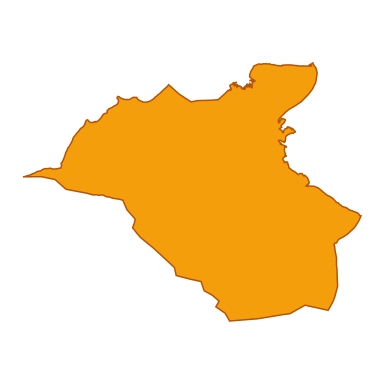 Chandmani, Hovd, Mongolia (Robinson projection)
{"feature_id": "93677404B83292258053511", "entity_name": "Chandmani", "entity_type": "district", "adm_level": 2, "iso_a3": "MNG", "parent_name": "Mongolia", "parent_adm1": "Hovd", "projection": "robinson", "projection_center": [93.079, 47.751], "detail": "fine", "context": "isolated", "style": "filled", "palette": "amber", "viewbox_px": 384, "rotation_deg": 0, "n_neighbors": 0, "source": "geoboundaries", "source_scale": "gbopen_adm2", "svg_char_len": 5842}
<svg xmlns="http://www.w3.org/2000/svg" viewBox="0 0 384 384"><path d="M23.0,176.8L41.4,176.7L55.2,179.6L66.0,189.3L86.3,193.1L93.4,195.0L96.6,194.7L98.5,195.3L101.4,195.0L102.9,195.0L106.7,196.8L109.6,197.1L113.0,198.3L119.1,199.2L122.8,200.2L127.0,209.8L135.1,219.0L134.5,222.6L132.6,227.8L137.1,233.5L140.4,237.4L154.0,248.6L174.4,267.5L176.2,275.5L189.9,279.1L201.0,281.5L204.2,290.8L212.4,295.3L219.1,301.1L215.9,306.8L225.1,313.2L229.6,321.0L257.4,318.8L283.4,314.5L289.9,313.7L305.0,305.2L328.2,310.3L333.2,301.2L334.8,296.9L337.6,286.2L337.2,277.6L337.0,270.1L336.8,266.8L336.5,265.9L336.5,257.9L335.1,250.7L334.6,246.3L333.9,244.4L335.3,243.0L336.6,242.9L338.4,239.6L340.6,238.2L343.0,237.1L347.3,234.3L353.7,228.4L355.4,226.4L358.2,221.9L359.1,220.3L361.0,215.9L360.1,215.9L358.4,213.6L357.2,212.6L355.9,212.4L355.2,211.9L353.9,211.6L352.3,210.7L349.6,210.1L346.7,207.9L342.5,206.5L339.6,204.4L338.4,203.0L336.5,202.4L333.2,198.7L330.0,196.5L327.9,195.6L326.5,194.7L323.3,192.2L319.8,189.1L318.0,187.8L314.2,186.3L309.5,186.0L308.4,186.4L307.8,186.1L306.0,186.2L306.1,185.8L307.2,184.9L307.9,184.8L308.4,184.4L308.2,183.8L309.0,183.2L309.2,182.7L309.0,181.6L307.4,177.7L306.3,176.9L305.6,175.9L304.6,175.3L304.4,175.4L304.2,175.9L303.6,175.8L302.3,173.8L301.2,173.5L299.6,173.5L298.8,174.4L298.1,174.6L295.5,172.2L291.4,169.9L290.3,168.7L288.9,167.8L288.7,166.3L288.4,165.6L288.4,164.6L287.6,164.0L287.7,163.2L287.5,162.1L286.2,161.8L284.3,162.6L284.0,161.1L282.9,159.5L282.9,158.5L284.0,157.2L284.8,156.6L286.3,156.2L286.3,155.9L285.9,155.5L285.0,155.7L285.2,154.2L285.5,153.7L284.7,152.1L284.4,150.0L284.6,149.0L284.7,146.9L286.2,147.2L286.5,146.7L286.0,146.2L284.3,145.7L283.5,145.2L281.4,144.4L280.5,144.4L280.3,144.1L280.3,143.7L281.0,143.2L278.8,141.6L278.6,141.1L278.6,140.5L279.1,140.2L280.3,140.3L282.5,141.7L284.3,142.2L284.2,141.7L284.6,141.6L284.5,141.3L285.3,141.2L285.3,140.9L285.7,138.1L285.7,137.1L286.1,136.1L287.6,135.0L290.1,133.6L290.9,133.5L292.2,132.9L293.3,133.3L294.0,132.4L294.8,132.3L295.3,131.7L295.2,131.3L294.3,130.6L292.9,128.9L292.6,128.8L292.2,129.0L292.1,129.4L291.7,129.6L291.5,129.1L291.7,128.3L291.6,128.1L290.6,128.3L289.5,127.2L288.8,127.6L288.2,127.6L288.2,127.0L287.8,126.9L287.2,127.1L287.0,127.4L286.8,128.6L285.3,128.6L284.3,129.8L284.2,130.2L283.6,131.0L283.4,131.6L283.5,132.5L282.6,132.5L282.1,131.0L281.8,130.6L280.2,129.4L279.5,129.2L279.4,128.7L279.6,128.5L281.7,127.4L281.1,125.4L283.7,123.3L284.6,122.0L285.4,120.1L285.2,119.6L284.7,119.3L281.4,118.5L280.7,120.2L279.9,120.4L279.6,121.0L279.8,122.3L278.8,122.8L278.5,122.6L278.4,121.3L278.4,120.5L279.1,118.9L280.4,117.4L286.0,111.8L289.2,109.3L297.3,104.5L298.0,103.8L301.3,101.7L308.8,94.0L312.8,88.6L314.3,85.1L315.4,83.4L316.2,79.7L317.2,72.8L316.0,68.1L313.1,64.1L313.0,63.0L312.3,63.1L311.5,64.1L309.8,64.5L308.9,65.6L308.9,65.8L309.4,65.9L311.2,65.9L311.3,66.1L310.9,66.2L308.4,66.0L304.4,66.1L303.3,65.9L300.8,66.1L291.0,65.0L288.4,64.9L283.1,65.1L281.6,65.6L282.0,65.8L281.8,65.9L280.3,65.9L276.2,65.4L273.6,64.6L271.7,64.7L269.4,63.8L268.2,64.0L266.5,63.8L263.1,63.8L260.8,64.4L259.3,63.9L258.0,64.2L253.9,66.0L252.8,68.2L250.8,71.6L250.1,73.6L249.6,75.9L249.8,77.0L251.8,78.8L254.4,80.3L255.0,81.1L254.8,81.4L253.8,80.8L252.3,80.6L250.9,80.1L250.4,80.2L250.0,80.4L250.2,80.7L250.9,80.4L251.7,81.2L252.4,81.1L253.3,81.5L253.1,81.8L252.4,81.8L252.2,82.5L252.6,82.9L252.6,83.6L252.2,84.1L251.7,84.2L252.0,84.7L251.9,85.4L252.2,87.0L252.1,87.7L251.8,87.5L251.1,86.2L250.9,85.3L250.5,84.9L250.2,83.8L249.9,83.5L249.7,84.6L249.4,84.9L248.9,84.7L249.0,85.1L249.5,85.3L249.5,85.8L250.2,86.1L250.2,86.3L249.4,86.3L249.6,86.9L249.2,86.9L248.2,85.7L247.8,85.7L247.8,85.3L248.3,85.1L248.2,84.8L247.9,84.3L247.5,84.3L247.1,84.1L246.7,84.4L247.0,85.0L246.8,85.7L247.5,86.2L247.6,86.8L247.4,86.9L247.0,86.3L246.3,85.9L245.8,86.9L245.6,86.9L245.4,86.5L245.2,87.0L244.7,86.9L244.8,87.7L245.3,88.3L245.3,88.7L245.0,89.1L244.2,89.4L243.5,89.0L243.8,88.4L243.5,88.1L243.3,88.7L242.5,89.0L242.2,88.7L242.4,88.1L242.1,88.1L241.8,88.4L241.4,88.1L241.5,87.4L241.1,86.7L240.5,86.6L240.0,86.2L239.5,86.3L239.0,85.8L238.3,86.1L237.8,86.7L237.3,86.7L236.8,87.1L236.8,86.6L237.0,86.3L237.7,86.3L237.2,85.7L237.4,84.8L236.9,84.4L236.3,84.7L236.1,85.3L234.8,85.1L234.8,85.8L234.4,85.9L234.0,85.3L234.9,84.1L234.8,83.8L234.2,83.7L234.2,83.3L235.7,82.9L236.3,82.6L236.3,82.4L235.2,82.5L234.7,82.9L234.0,83.1L233.5,82.7L232.9,83.0L232.9,83.9L232.5,84.4L231.7,84.2L230.1,85.2L229.8,85.7L229.9,86.1L230.3,86.6L230.4,87.4L230.7,87.6L230.6,88.8L231.3,89.1L231.2,89.4L230.8,89.4L230.7,90.1L230.2,89.9L230.1,89.6L229.5,89.8L228.6,90.8L227.9,90.5L225.6,93.0L218.1,99.7L212.0,100.2L197.5,100.6L191.1,101.9L179.0,94.0L168.6,84.7L167.2,86.6L164.0,89.3L160.3,93.0L156.9,95.7L156.6,96.3L154.9,97.3L154.4,98.1L152.1,99.9L149.8,101.2L146.3,102.2L143.4,102.1L140.7,101.1L138.5,99.8L137.5,98.8L136.9,97.7L136.3,97.3L133.0,97.4L129.6,99.4L128.6,99.6L124.2,99.4L122.3,98.6L120.8,98.2L118.9,96.6L117.7,96.5L117.2,97.3L117.1,98.1L117.2,98.7L118.1,99.3L118.4,99.9L118.5,101.7L118.0,103.0L116.8,104.7L114.1,106.0L112.2,107.4L108.8,108.9L107.0,111.0L107.3,111.9L107.2,112.7L105.9,113.4L104.6,113.5L103.4,114.3L102.0,116.2L101.1,117.8L98.3,120.7L96.5,121.8L95.8,122.0L95.2,121.5L94.0,121.9L94.0,122.4L93.6,122.5L90.3,122.4L88.9,121.4L88.2,120.3L87.6,119.9L87.1,119.9L86.2,120.5L85.6,121.6L85.5,122.5L85.0,123.2L85.0,123.7L84.0,125.7L82.4,127.5L80.6,128.4L78.5,131.4L76.8,133.2L73.2,137.8L72.5,140.3L70.7,143.8L69.0,146.7L68.0,147.8L66.9,150.5L65.8,152.4L64.9,155.6L63.3,159.8L62.3,161.8L61.2,163.2L61.1,163.9L61.7,165.1L60.6,168.2L59.4,168.2L56.3,168.9L53.4,169.0L52.4,169.0L51.0,168.3L50.5,168.2L47.2,168.6L45.1,168.6L42.5,169.5L40.8,170.8L37.1,171.5L35.3,172.8L32.7,173.7L29.8,175.1L27.4,175.7L25.1,176.5L23.0,176.8Z" fill="#f59e0b" stroke="#b45309" stroke-width="1.5"/></svg>